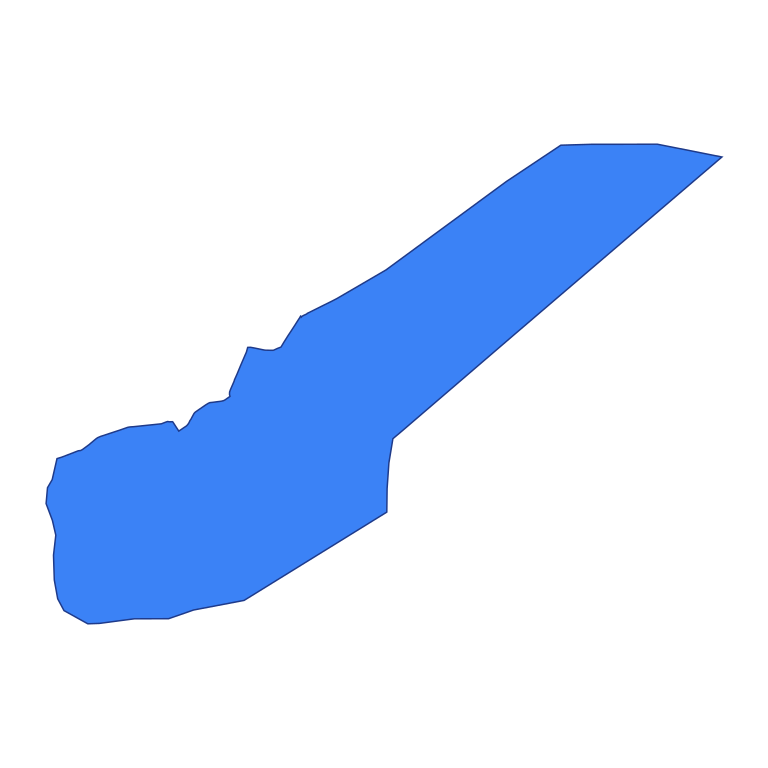 Burg Al-Arab City, Al Iskandariyah, Egypt (Robinson projection)
{"feature_id": "37247803B47778858868079", "entity_name": "Burg Al-Arab City", "entity_type": "district", "adm_level": 2, "iso_a3": "EGY", "parent_name": "Egypt", "parent_adm1": "Al Iskandariyah", "projection": "robinson", "projection_center": [29.584, 30.899], "detail": "fine", "context": "isolated", "style": "filled", "palette": "blue", "viewbox_px": 768, "rotation_deg": 0, "n_neighbors": 0, "source": "geoboundaries", "source_scale": "gbopen_adm2", "svg_char_len": 1631}
<svg xmlns="http://www.w3.org/2000/svg" viewBox="0 0 768 768"><path d="M386.7,269.4L386.7,269.5L336.8,298.6L331.8,301.2L324.3,304.9L307.2,313.4L306.7,314.0L303.6,315.4L302.2,316.2L301.6,316.8L301.6,316.7L300.6,316.1L299.6,317.9L298.7,319.2L296.0,323.4L295.4,324.4L291.7,330.1L288.0,335.7L283.9,342.2L281.4,346.4L280.9,347.1L277.5,348.4L273.8,350.1L273.5,350.2L273.2,350.3L270.5,350.3L266.6,350.2L265.7,350.2L264.1,350.0L254.9,348.1L251.1,347.4L250.3,347.3L250.2,347.3L247.7,347.4L246.4,352.1L244.7,356.0L240.7,365.3L237.0,374.2L234.4,380.0L234.2,381.0L230.5,389.5L229.6,392.0L229.5,394.4L230.0,396.4L228.7,397.3L225.0,399.9L223.7,400.6L221.3,401.2L219.1,401.5L218.1,401.6L212.9,402.3L209.9,402.6L208.3,403.3L205.7,404.9L199.0,409.5L195.3,412.1L194.5,412.9L193.9,413.7L192.1,417.0L190.9,419.3L189.9,420.7L189.0,422.7L187.8,424.5L186.5,425.9L183.8,427.7L182.2,428.8L178.8,431.1L175.4,425.9L174.7,424.8L172.8,421.9L172.6,421.8L172.4,421.7L169.4,421.8L167.6,421.5L165.5,422.2L161.4,423.8L133.5,426.7L130.4,426.9L128.9,427.1L127.5,427.4L119.8,430.1L114.0,432.0L100.6,436.4L97.6,437.7L96.6,438.4L95.9,438.9L94.1,440.4L91.1,442.9L89.9,443.9L89.7,444.2L89.4,444.4L85.2,447.5L82.5,449.5L80.7,450.5L78.2,450.8L61.6,457.2L57.0,458.6L52.2,479.6L47.5,487.7L46.1,503.6L52.4,520.4L55.8,535.2L53.5,555.2L54.3,580.0L57.7,598.8L64.0,610.6L87.8,623.8L99.5,623.4L120.6,620.6L134.4,618.8L168.6,618.7L193.6,610.0L244.1,600.4L386.8,512.1L387.1,488.6L388.9,462.9L392.9,438.7L402.5,430.6L514.6,334.3L616.4,247.2L721.9,157.0L657.3,144.2L616.4,144.3L591.5,144.3L560.8,145.2L506.5,181.4L386.7,269.4Z" fill="#3b82f6" stroke="#1e3a8a" stroke-width="1.5"/></svg>